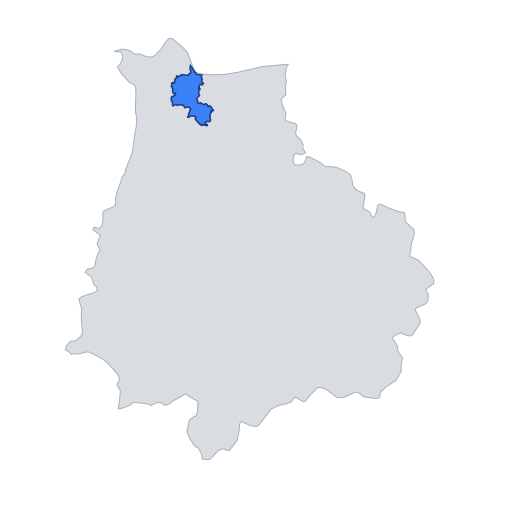 Pruzhany, Brest, Belarus (highlighted), rotated 96°
{"feature_id": "67162791B13478011403583", "entity_name": "Pruzhany", "entity_type": "district", "adm_level": 2, "iso_a3": "BLR", "parent_name": "Belarus", "parent_adm1": "Brest", "projection": "mercator", "projection_center": [24.486, 52.68], "detail": "fine", "context": "in_parent", "style": "filled", "palette": "blue", "viewbox_px": 512, "rotation_deg": 96, "n_neighbors": 0, "source": "geoboundaries", "source_scale": "gbopen_adm2", "svg_char_len": 9309}
<svg xmlns="http://www.w3.org/2000/svg" viewBox="0 0 512 512"><g transform="rotate(96 256 256)"><path d="M422.4,377.1L414.1,376.6L404.2,376.8L398.6,380.7L392.6,378.8L388.3,381.0L378.5,391.6L374.7,397.4L371.0,406.2L368.8,412.7L370.0,417.2L371.8,421.4L372.2,425.9L373.1,429.5L370.7,432.1L369.3,435.8L365.2,435.2L360.1,431.6L359.1,426.4L355.2,422.8L352.6,420.9L348.4,420.7L341.6,422.3L332.8,423.6L326.1,424.0L322.5,425.8L317.1,427.6L315.1,425.5L312.1,419.6L309.6,413.8L308.0,411.2L306.5,410.5L304.7,410.6L302.6,412.5L301.1,414.4L295.5,416.6L293.0,418.7L290.3,424.1L288.6,423.7L286.7,422.4L284.6,416.4L281.7,415.0L277.0,414.9L271.2,413.7L266.5,411.8L264.8,412.3L262.0,414.8L259.0,415.2L252.3,412.9L251.0,414.0L247.2,420.6L245.4,420.9L244.4,420.1L245.0,414.3L241.1,412.3L234.6,412.0L230.1,412.8L227.9,412.6L226.7,411.4L221.1,401.7L218.2,401.1L212.9,401.6L205.1,400.4L196.1,398.2L191.1,397.4L188.6,395.2L183.0,394.5L168.1,390.3L162.1,389.6L153.1,389.5L139.5,388.6L130.8,389.1L126.7,390.5L122.0,391.4L105.9,392.5L100.1,393.6L98.4,395.6L96.5,400.1L89.8,407.9L83.4,413.0L82.2,413.4L78.4,410.7L75.2,409.8L71.5,409.5L68.9,410.4L67.3,411.7L67.5,417.6L67.1,418.1L64.3,411.1L64.5,404.7L66.1,401.0L68.0,397.7L67.2,392.7L69.1,386.1L69.2,381.4L68.3,379.3L66.8,376.9L62.6,374.3L60.7,372.2L55.0,369.5L49.3,366.0L48.4,363.9L48.6,362.4L49.6,360.2L54.0,353.8L58.6,347.5L61.6,345.0L77.5,336.9L80.0,334.1L80.6,329.3L80.4,319.6L79.4,310.7L78.2,304.6L75.1,293.0L66.8,269.0L61.9,243.9L65.1,245.4L72.7,246.0L78.8,244.2L81.9,244.0L84.7,244.5L92.6,243.1L94.6,245.4L98.1,247.4L105.1,244.5L111.3,241.0L117.8,241.3L118.7,239.6L120.3,230.6L122.2,228.7L129.9,229.6L132.7,228.0L135.7,223.6L140.2,220.8L144.0,220.8L147.9,217.7L149.9,219.8L150.8,223.5L149.5,226.5L150.1,227.6L152.8,229.1L157.5,229.0L160.5,227.8L161.2,226.1L161.2,223.0L160.4,220.2L158.4,217.7L154.7,216.4L152.1,216.4L151.7,214.8L152.6,211.4L154.9,205.2L157.7,199.5L159.4,197.4L159.7,195.4L159.4,192.0L159.3,185.8L161.9,177.1L165.3,170.6L169.9,168.5L175.4,167.3L179.0,164.2L180.8,160.6L182.3,155.0L184.1,153.9L197.6,154.6L199.6,148.9L200.8,147.3L203.4,145.7L205.2,143.7L204.5,142.1L201.1,141.1L193.0,140.2L191.3,138.4L191.8,136.1L194.0,130.3L196.1,122.7L197.1,116.8L197.2,113.4L198.4,112.4L205.0,111.3L207.2,110.1L212.9,102.1L217.2,100.7L228.4,102.8L233.5,102.7L240.1,103.2L240.6,102.4L242.9,94.4L254.0,81.6L259.9,77.2L263.6,76.2L264.9,76.4L270.9,83.2L272.3,83.5L276.2,80.6L283.1,80.4L286.2,82.8L290.8,91.1L293.1,92.0L299.8,87.4L303.4,85.9L305.9,85.9L318.4,92.3L319.3,94.4L319.4,96.8L317.4,104.3L320.0,108.9L323.0,112.0L329.5,106.9L331.9,105.5L334.5,105.4L337.9,103.5L340.4,100.6L342.9,99.6L347.5,100.3L355.8,99.6L365.5,104.1L366.3,105.5L371.1,110.8L372.8,113.5L374.4,114.3L377.0,116.9L380.5,118.5L382.9,118.0L384.0,118.9L385.1,120.9L385.2,124.3L384.8,134.1L381.3,139.3L380.9,141.1L381.1,143.2L383.8,147.5L387.4,154.0L388.2,157.8L388.2,160.6L383.3,169.0L381.7,170.9L380.6,175.0L380.0,179.2L380.4,180.9L388.5,187.5L394.4,191.0L395.8,192.8L395.9,193.9L392.7,200.9L392.4,202.8L397.2,205.7L399.8,210.3L402.2,217.8L406.7,224.9L423.6,235.3L425.1,237.2L425.6,239.4L425.1,244.3L422.0,253.5L424.9,254.8L432.4,254.5L441.4,255.6L452.3,262.1L452.3,265.0L451.2,267.7L452.0,270.5L453.1,272.9L462.6,280.1L463.5,282.2L463.6,285.7L463.4,288.3L460.8,288.8L457.9,290.0L453.1,293.1L451.3,297.4L443.6,303.4L438.9,306.1L435.1,306.2L426.1,305.0L423.0,302.0L421.7,299.3L418.2,298.1L413.7,298.0L407.3,298.5L406.1,299.3L405.0,302.6L402.3,308.3L400.4,311.5L408.4,322.7L412.4,327.3L413.7,330.1L413.7,332.1L411.8,334.4L412.1,339.1L416.0,345.4L414.6,346.3L414.3,353.9L414.3,362.1L415.3,364.0L417.4,365.6L419.2,368.6L422.2,375.3L422.4,377.1Z" fill="#d9dde1" stroke="#a8b0b8" stroke-width="1"/><path d="M124.7,315.9L124.4,316.2L123.9,316.3L123.2,316.2L122.3,316.1L121.8,316.2L121.1,316.5L120.7,316.8L119.7,316.6L119.3,316.2L119.0,315.9L118.5,315.7L118.0,315.4L117.7,315.6L117.4,316.1L116.8,316.2L116.1,316.0L116.1,315.6L116.2,315.2L116.3,314.6L116.3,314.2L116.1,313.8L115.6,313.5L115.4,313.5L115.2,313.9L115.1,314.1L114.7,314.5L114.3,314.7L113.8,315.1L113.4,315.6L112.9,315.9L112.3,316.2L112.1,316.4L111.6,317.3L111.5,317.7L111.7,318.3L112.1,318.5L112.6,318.8L112.6,319.2L112.3,319.3L111.7,319.4L111.2,319.8L110.6,320.4L110.2,321.2L109.8,321.7L109.8,322.0L110.0,322.5L110.6,323.1L110.8,323.5L110.9,324.1L110.8,324.6L110.3,325.1L110.1,325.4L110.0,326.1L109.7,327.0L109.3,327.3L109.7,328.0L109.9,328.6L110.0,329.1L109.8,329.9L109.5,330.2L109.1,330.2L108.2,330.0L107.7,330.3L107.3,330.8L106.8,331.0L105.9,331.1L104.9,331.0L104.1,330.5L103.6,330.2L102.9,329.4L102.4,329.0L101.9,329.1L101.2,329.5L100.5,329.9L98.8,330.0L97.6,330.0L96.8,329.6L96.2,329.2L95.7,329.1L95.6,329.6L95.5,330.3L95.4,330.5L95.2,330.8L94.9,330.8L94.7,330.4L94.5,330.0L93.5,330.0L93.1,330.3L92.6,330.4L92.2,330.2L91.8,329.9L91.3,329.5L91.1,329.1L91.4,328.8L91.6,328.0L91.5,327.5L90.4,326.7L90.1,326.3L89.4,326.5L89.2,327.0L89.2,327.4L89.0,327.9L88.6,328.2L88.2,328.3L87.3,328.3L86.6,328.0L85.9,327.9L85.5,328.2L85.5,328.7L85.2,328.9L84.9,328.9L83.9,328.8L83.2,328.9L82.1,328.9L81.7,328.8L81.7,329.3L81.8,333.4L81.6,333.7L81.2,334.3L80.3,334.9L79.8,335.6L79.7,336.3L78.6,336.6L78.1,337.1L77.3,337.6L75.0,339.7L73.5,341.1L73.9,341.1L74.4,341.2L75.0,341.2L75.6,341.2L76.2,341.2L76.7,341.2L77.1,341.1L77.4,340.9L78.0,340.7L78.4,340.5L78.7,340.3L79.0,340.1L79.5,340.0L79.8,339.9L80.3,340.0L80.6,340.1L80.9,340.3L81.2,340.5L81.3,340.7L81.4,341.0L81.5,341.3L81.6,341.5L82.1,341.8L82.5,342.0L83.1,342.2L83.4,342.4L83.5,342.6L83.5,342.8L83.5,343.2L83.4,344.2L83.4,345.8L83.4,347.1L83.3,347.6L83.3,348.2L83.3,348.4L83.4,348.8L83.8,349.0L83.8,349.4L83.9,349.7L84.0,350.0L84.4,350.2L84.7,350.4L84.9,350.4L85.1,350.7L85.3,350.9L85.3,351.1L85.3,351.4L85.4,351.7L85.5,352.0L85.8,352.2L85.9,352.4L85.9,352.6L85.6,352.9L85.4,353.0L85.2,353.1L85.1,353.3L85.1,353.5L85.3,353.8L85.5,353.9L85.8,353.9L86.0,353.7L86.2,353.4L86.4,353.4L86.6,353.4L87.0,353.5L87.3,353.7L87.5,353.9L87.7,354.2L87.7,354.4L87.8,354.6L88.0,354.7L88.3,354.7L88.5,354.8L88.7,355.1L89.0,355.3L89.3,355.3L89.6,355.3L89.8,355.2L90.1,355.0L90.4,354.9L90.6,355.0L90.9,355.1L91.0,355.2L91.1,355.3L91.5,355.2L91.9,355.1L92.1,355.0L92.5,355.0L92.5,355.3L92.4,355.5L92.2,355.7L92.2,355.9L92.3,356.1L92.6,356.4L92.6,356.5L92.4,357.0L92.4,357.5L92.5,357.6L92.7,357.8L92.9,357.9L93.2,357.9L93.5,357.8L93.6,357.7L93.9,357.6L94.3,357.6L94.8,357.7L95.3,357.9L95.8,357.9L96.2,357.9L96.3,357.7L96.5,357.4L96.5,357.2L97.1,357.2L97.4,357.1L97.5,357.0L97.6,356.8L97.7,356.6L98.0,356.4L98.3,356.3L98.6,356.3L98.8,356.4L99.0,356.4L99.4,356.3L99.6,356.3L99.7,356.1L99.8,356.0L100.0,356.0L100.4,356.1L100.6,356.2L100.9,356.2L101.0,356.2L101.4,356.1L101.6,356.0L101.7,355.9L101.9,355.7L102.4,355.5L102.7,355.4L102.9,355.2L103.2,354.9L103.1,354.6L102.9,354.4L102.8,354.1L102.7,353.8L102.6,353.4L102.8,353.1L102.9,352.9L103.2,352.8L103.4,352.8L103.6,352.9L104.0,353.2L104.4,353.4L104.6,353.4L104.8,353.5L105.0,353.6L105.1,353.9L105.1,354.1L105.1,354.3L105.3,354.4L105.7,354.7L106.0,354.9L106.2,355.2L106.2,355.5L106.1,355.8L106.1,356.2L106.6,356.4L106.9,356.6L107.1,356.9L107.6,356.9L107.8,356.8L108.1,356.6L108.5,356.5L108.8,356.6L109.2,356.7L109.7,356.5L110.0,356.5L110.5,356.3L110.9,356.1L111.1,355.9L111.3,355.6L111.7,355.3L112.1,355.1L112.5,355.1L113.0,355.0L113.4,354.9L113.9,354.9L114.4,354.9L114.7,354.9L115.0,354.8L115.2,354.5L115.2,354.2L115.3,354.1L115.3,353.9L115.2,353.7L114.9,353.3L114.5,353.0L114.4,352.7L114.1,352.4L113.9,351.9L113.8,351.6L113.8,351.3L113.9,351.0L114.0,350.8L114.4,350.3L114.5,350.1L114.5,349.8L114.4,349.6L114.2,349.3L113.9,349.0L113.7,348.8L113.5,348.6L113.4,348.3L113.4,348.1L113.5,347.9L113.6,347.7L113.6,347.3L113.6,346.7L113.6,346.0L113.5,345.8L113.4,345.4L113.0,344.8L113.1,344.7L113.6,344.5L113.8,344.4L114.0,344.3L114.1,344.0L114.2,343.8L114.3,343.7L114.6,343.3L114.9,343.1L115.2,342.9L115.6,342.7L115.9,342.4L116.0,342.0L116.0,341.8L115.7,341.4L115.4,341.2L115.3,340.8L115.2,339.8L115.1,339.0L115.0,338.6L115.0,338.2L115.4,337.8L115.6,337.7L115.8,337.5L115.9,337.3L116.0,337.0L116.1,336.7L116.5,336.3L117.0,336.2L117.6,336.4L117.8,336.8L118.1,337.0L118.5,337.1L119.0,337.2L119.5,337.2L120.0,337.3L120.5,337.4L120.8,337.5L121.2,337.7L121.6,337.8L122.2,337.8L122.6,337.8L122.9,337.7L123.5,337.7L123.8,337.8L124.0,338.0L124.4,338.5L124.7,338.5L125.0,338.5L125.1,338.3L125.2,338.1L125.2,337.9L125.0,337.6L124.8,337.4L124.6,337.0L124.4,336.5L124.3,336.1L123.9,335.7L123.6,335.4L123.4,334.9L123.4,334.6L123.4,333.3L123.4,331.9L123.7,331.4L124.0,330.7L124.1,330.3L124.4,330.1L124.7,330.1L125.1,330.3L125.3,330.6L125.6,330.7L125.8,330.8L126.2,330.6L126.5,330.3L126.9,329.9L127.2,329.6L127.4,329.5L127.7,329.4L127.9,329.2L128.0,329.0L128.0,328.7L128.1,328.4L128.4,328.3L128.6,328.2L128.9,327.8L128.9,327.5L129.1,327.3L129.4,327.2L129.7,327.2L130.1,326.6L130.6,326.0L131.4,324.9L131.5,324.5L131.6,323.7L131.4,323.8L131.0,323.8L130.9,323.4L131.1,323.1L131.5,322.9L131.5,322.7L131.3,322.1L131.3,321.9L130.9,321.2L130.9,320.7L131.1,320.3L131.3,319.8L131.5,319.2L131.6,318.5L131.2,318.0L130.9,318.0L130.2,318.3L130.2,319.4L130.1,320.1L129.7,320.4L129.3,320.6L128.7,320.6L128.2,320.3L128.1,319.8L128.0,319.5L127.2,318.7L127.1,318.3L127.2,317.5L127.3,316.9L127.4,316.3L126.8,315.7L126.3,315.5L125.6,315.4L125.2,315.4L124.7,315.9Z" fill="#3b82f6" stroke="#1e3a8a" stroke-width="1.5"/></g></svg>